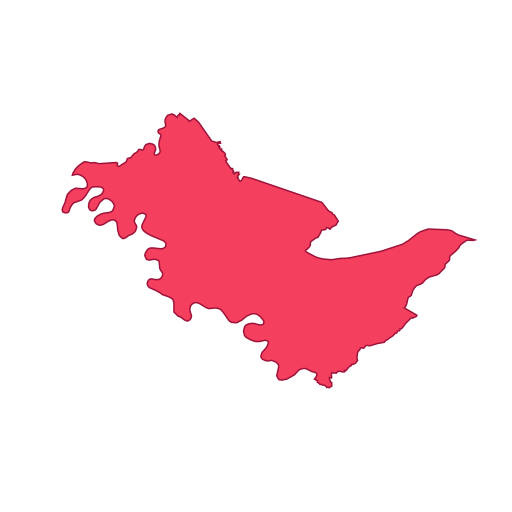 outline of Villa Rica, Valle del Cauca, Colombia, rotated 290°
{"feature_id": "7082276B61573549340712", "entity_name": "Villa Rica", "entity_type": "district", "adm_level": 2, "iso_a3": "COL", "parent_name": "Colombia", "parent_adm1": "Valle del Cauca", "projection": "albers", "projection_center": [-76.465, 3.182], "detail": "fine", "context": "isolated", "style": "filled", "palette": "rose", "viewbox_px": 512, "rotation_deg": 290, "n_neighbors": 0, "source": "geoboundaries", "source_scale": "gbopen_adm2", "svg_char_len": 6093}
<svg xmlns="http://www.w3.org/2000/svg" viewBox="0 0 512 512"><g transform="rotate(290 256 256)"><path d="M348.9,175.0L362.2,156.1L364.3,150.7L359.8,147.3L360.4,146.6L364.0,135.7L362.4,135.6L362.2,135.0L359.8,134.2L359.3,134.3L360.6,130.7L360.2,130.6L360.8,128.6L358.2,125.0L356.0,124.2L352.8,124.0L350.5,124.8L348.0,126.5L346.3,126.6L344.4,125.0L341.6,121.5L340.1,121.1L338.3,122.2L337.6,124.9L336.9,125.5L330.8,125.8L328.4,126.4L326.0,127.3L322.8,129.6L321.4,130.2L319.8,130.2L318.4,129.5L316.6,127.7L316.5,126.4L316.8,125.7L317.6,125.2L320.9,125.4L322.5,125.0L324.1,124.0L325.3,122.7L325.8,121.1L325.5,117.5L323.1,114.5L320.8,113.8L317.5,113.9L316.8,113.2L316.3,109.7L312.7,108.4L310.0,106.2L305.7,104.8L303.6,101.8L300.7,101.9L299.8,101.6L293.3,96.6L293.1,95.2L293.8,94.6L295.9,94.2L296.0,92.6L289.0,76.8L288.7,72.8L286.9,68.7L286.7,66.1L286.0,62.7L284.5,61.3L279.5,58.1L275.7,56.5L271.5,55.7L269.1,55.8L271.3,59.3L271.8,60.8L271.9,63.1L271.4,66.7L269.6,69.9L267.1,72.4L263.8,73.7L261.6,72.7L260.0,70.5L258.0,63.3L255.0,60.4L253.3,59.4L249.9,57.9L248.2,57.7L240.5,58.3L235.2,57.8L232.8,58.2L231.3,59.5L231.2,60.6L231.4,62.4L232.4,64.4L233.7,64.9L238.1,64.9L241.8,65.7L243.7,66.6L248.5,72.5L250.0,73.5L253.5,75.0L261.2,76.7L264.1,77.9L264.8,78.7L266.2,81.5L267.7,86.3L267.6,88.0L267.1,89.4L266.5,90.0L265.1,90.4L262.3,90.1L260.8,89.4L258.4,87.5L256.5,84.8L255.1,83.3L252.8,81.7L250.1,80.9L247.3,81.1L244.5,82.0L242.9,83.6L242.2,85.5L242.8,87.4L243.8,88.8L245.2,89.7L253.2,90.9L258.1,93.8L259.2,97.0L259.0,98.9L257.9,102.3L256.2,104.6L254.4,105.9L249.7,105.8L248.1,104.9L246.6,103.0L244.2,98.4L241.8,95.3L238.9,93.0L236.2,91.8L234.3,91.8L232.7,93.2L231.6,95.0L231.3,97.9L232.3,100.3L233.9,102.1L238.3,105.5L240.2,107.6L241.3,109.8L241.2,111.3L240.3,113.3L238.8,114.5L232.9,117.3L229.1,120.0L228.3,121.0L226.8,124.4L227.0,125.5L228.7,127.4L231.9,129.5L234.3,132.2L237.1,133.8L238.6,134.2L242.1,134.1L243.6,133.3L246.2,130.2L247.8,129.5L250.8,129.5L253.5,130.4L255.5,131.9L257.6,134.7L257.5,137.6L256.6,138.9L255.4,139.2L246.1,138.3L243.8,138.9L242.3,140.2L240.9,142.6L240.1,145.1L239.3,150.4L238.7,163.1L238.4,164.7L237.2,167.1L234.3,167.8L233.0,167.5L231.5,166.3L230.3,164.4L228.4,156.7L227.2,153.7L226.2,152.6L225.0,151.9L221.2,151.0L218.5,151.3L216.5,153.0L215.4,154.5L215.6,157.1L217.5,160.2L218.5,162.5L218.3,166.2L216.6,167.4L211.4,169.8L209.9,171.3L208.2,173.8L206.8,174.7L205.0,174.8L202.6,174.3L200.7,172.8L199.4,169.4L198.8,165.7L198.0,164.2L197.3,163.6L195.3,163.0L193.1,163.1L191.9,163.7L190.5,165.2L189.8,167.0L189.4,173.2L188.6,178.5L187.7,181.2L187.8,188.1L187.2,191.9L186.2,193.3L183.4,195.1L175.3,198.0L172.9,203.3L172.8,206.3L171.5,210.5L171.3,213.2L172.0,214.6L173.3,215.6L175.0,216.1L176.9,216.1L178.1,215.6L180.6,213.6L183.5,211.9L186.5,211.6L188.5,212.2L190.2,213.2L191.5,215.0L192.0,217.0L192.0,219.2L190.5,226.5L190.4,229.6L193.6,236.2L193.8,240.2L193.4,241.6L191.7,244.7L186.3,252.4L185.5,254.0L185.3,255.6L186.3,259.7L187.1,261.2L189.0,262.7L190.3,264.2L196.2,267.7L200.0,271.5L201.1,273.9L201.6,276.2L201.3,278.3L200.3,281.2L198.1,284.8L197.0,285.9L194.6,286.3L193.0,284.5L192.3,282.4L192.1,278.1L191.5,275.6L189.8,272.4L187.7,270.2L185.6,269.5L181.4,269.9L177.8,272.1L176.7,273.4L176.1,274.8L175.4,279.6L175.4,282.9L175.6,285.1L176.6,288.1L180.0,293.5L180.2,295.4L179.8,296.5L178.7,297.3L175.5,297.4L173.3,297.0L168.3,295.0L166.5,294.6L163.4,294.9L162.2,295.8L161.3,297.2L161.1,298.5L161.0,300.8L161.3,302.7L163.3,306.6L163.2,310.7L162.1,313.5L161.0,314.6L159.2,315.3L150.6,316.4L148.2,318.9L147.7,320.2L148.2,322.6L150.7,326.9L157.4,332.7L163.1,335.1L164.6,336.3L166.3,338.6L167.1,340.7L167.2,342.3L166.5,347.7L166.8,351.8L166.3,353.2L164.8,354.0L162.0,353.6L160.3,353.0L160.1,354.7L159.8,355.0L160.1,356.3L158.2,356.9L158.1,358.4L157.2,360.2L157.8,361.5L157.4,362.7L157.8,363.6L157.8,365.5L157.5,366.5L156.6,367.4L157.5,368.6L157.2,369.8L159.7,371.7L163.0,370.4L163.0,369.1L164.0,368.6L165.1,367.4L166.4,366.5L167.1,366.9L167.0,368.3L167.5,368.7L171.2,367.1L172.3,367.2L172.7,367.6L172.4,368.9L173.2,370.2L173.2,371.4L175.1,372.0L176.5,374.4L176.6,376.7L177.3,378.7L178.0,378.8L178.8,378.3L178.8,379.6L183.8,381.4L185.4,382.9L186.9,382.8L187.1,384.0L188.9,385.9L192.5,387.2L194.7,385.7L198.9,384.7L201.1,384.5L203.3,385.6L205.0,385.6L205.9,386.4L206.0,388.2L206.4,388.9L208.6,389.6L209.9,390.4L210.6,393.8L215.4,400.2L218.8,406.1L221.2,406.8L222.6,408.4L223.9,409.0L227.8,411.9L231.0,413.3L231.7,414.5L234.0,414.8L234.9,416.4L235.5,416.6L236.7,416.1L237.3,417.3L238.0,417.9L244.2,419.8L250.9,423.0L251.5,423.5L251.2,424.5L254.2,427.4L255.4,427.4L257.9,413.1L259.8,413.9L262.3,414.0L268.8,413.2L269.9,413.6L270.8,414.7L272.0,415.3L277.4,415.2L280.3,415.8L283.2,417.1L286.2,420.6L287.7,421.8L291.8,423.3L295.5,426.0L300.2,432.5L301.9,433.9L309.2,437.2L310.7,437.2L312.9,436.6L317.5,439.0L318.9,439.1L321.4,438.3L323.0,438.6L328.9,442.0L333.2,443.8L335.1,443.9L337.6,445.0L342.4,448.3L343.3,449.7L345.0,454.9L346.0,456.3L345.0,439.2L345.4,436.0L346.5,432.2L346.5,429.2L345.7,425.6L340.2,408.5L335.4,402.6L332.4,400.0L322.5,393.9L317.1,389.6L303.1,371.7L286.7,345.3L284.6,341.2L282.6,336.1L278.3,328.2L276.2,320.2L275.6,316.5L275.5,312.3L276.9,302.2L277.5,300.9L278.4,300.6L279.9,301.8L283.2,303.2L285.1,303.3L287.3,302.5L288.6,302.8L293.4,306.1L294.7,307.8L299.2,308.7L302.5,308.8L303.0,309.2L304.4,312.0L305.2,312.5L306.6,312.5L307.0,312.9L307.1,313.8L306.5,316.4L308.9,317.2L312.6,320.7L315.4,321.0L316.8,321.5L321.3,315.6L321.5,313.7L322.5,312.9L322.7,312.2L323.2,308.7L328.9,299.6L327.5,225.3L326.6,218.2L326.1,217.2L322.2,216.6L320.6,215.5L323.1,211.9L323.7,212.3L324.2,211.3L327.1,212.3L326.9,211.5L328.8,211.1L327.7,208.5L325.6,207.3L326.7,205.7L327.5,206.3L328.7,205.2L329.3,203.8L330.0,204.1L330.1,203.5L329.5,203.2L329.7,202.8L329.5,202.6L333.9,196.2L335.1,195.0L336.6,196.0L339.5,192.4L340.7,192.7L342.0,191.5L343.1,188.9L342.9,188.0L344.8,187.1L344.0,186.4L345.0,184.3L345.8,184.9L346.7,184.3L347.1,183.6L346.5,183.1L347.9,181.5L349.1,182.3L349.9,184.1L351.2,183.1L349.1,179.9L348.9,175.0Z" fill="#f43f5e" stroke="#9f1239" stroke-width="1.5"/></g></svg>